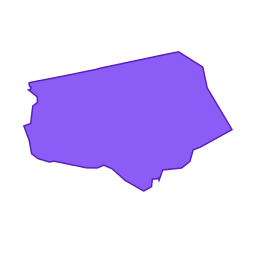 outline of Gates, North Carolina, United States of America, rotated 348°
{"feature_id": "52423323B73755605771607", "entity_name": "Gates", "entity_type": "district", "adm_level": 2, "iso_a3": "USA", "parent_name": "United States of America", "parent_adm1": "North Carolina", "projection": "orthographic", "projection_center": [-76.756, 36.424], "detail": "fine", "context": "isolated", "style": "filled", "palette": "violet", "viewbox_px": 256, "rotation_deg": 348, "n_neighbors": 0, "source": "geoboundaries", "source_scale": "gbopen_adm2", "svg_char_len": 689}
<svg xmlns="http://www.w3.org/2000/svg" viewBox="0 0 256 256"><g transform="rotate(348 128 128)"><path d="M40.9,63.1L40.4,63.8L40.3,66.2L40.8,67.3L41.4,67.3L41.6,67.9L40.7,69.8L40.3,70.0L38.6,70.0L45.7,78.7L44.7,84.1L39.4,86.8L33.7,103.4L26.6,104.3L28.8,119.8L28.4,133.2L33.6,139.2L44.0,144.9L48.8,145.1L79.3,158.4L89.9,160.7L96.4,159.3L103.8,164.4L114.4,178.8L130.3,192.9L138.8,190.3L141.1,183.2L147.3,183.8L147.4,183.7L147.5,185.6L153.2,176.3L172.1,178.3L181.6,173.5L186.1,165.0L187.2,163.0L194.5,161.8L229.4,151.2L213.8,105.3L213.8,84.0L193.3,64.0L186.6,63.9L179.5,63.8L113.2,63.7L108.6,64.0L95.7,63.9L85.2,63.9L40.9,63.1Z" fill="#8b5cf6" stroke="#5b21b6" stroke-width="1.5"/></g></svg>